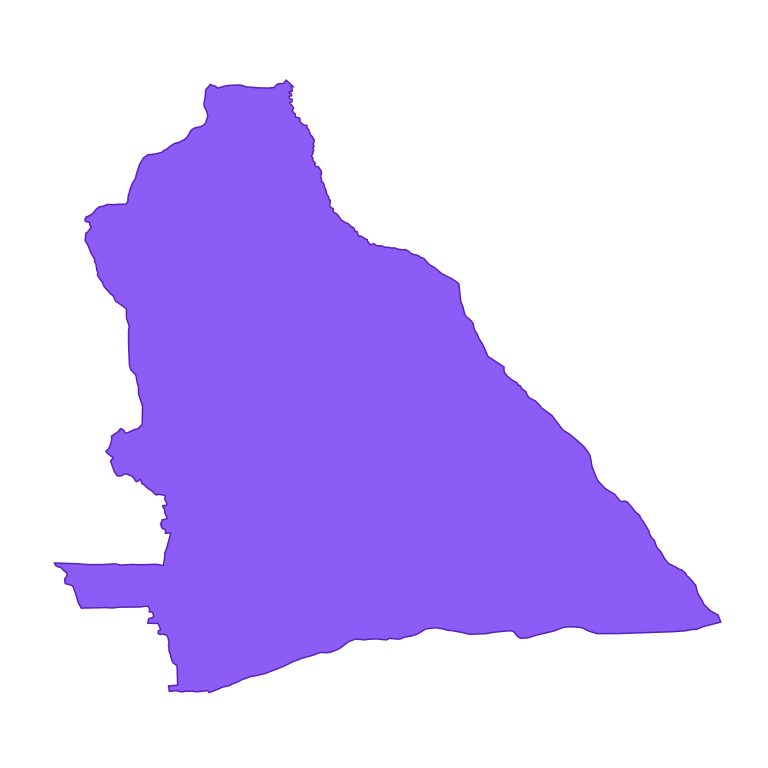 outline of Lapos, Buzau, Romania, rotated 89°
{"feature_id": "2599482B27443512706553", "entity_name": "Lapos", "entity_type": "district", "adm_level": 2, "iso_a3": "ROU", "parent_name": "Romania", "parent_adm1": "Buzau", "projection": "orthographic", "projection_center": [26.415, 45.162], "detail": "fine", "context": "isolated", "style": "filled", "palette": "violet", "viewbox_px": 768, "rotation_deg": 89, "n_neighbors": 0, "source": "geoboundaries", "source_scale": "gbopen_adm2", "svg_char_len": 6100}
<svg xmlns="http://www.w3.org/2000/svg" viewBox="0 0 768 768"><g transform="rotate(89 384 384)"><path d="M557.2,716.6L559.7,715.5L561.2,713.1L561.6,710.6L565.2,707.2L567.4,704.3L568.1,704.0L571.4,704.9L573.3,706.8L578.0,706.2L579.8,699.9L581.0,698.5L589.5,695.6L596.8,693.7L602.8,690.6L602.7,666.9L603.2,659.6L602.5,652.2L602.7,632.8L601.9,623.9L604.6,622.5L606.3,622.3L607.4,622.8L607.8,622.5L607.9,619.7L608.6,619.2L612.6,618.3L612.8,619.0L613.5,619.2L614.5,623.3L616.1,623.9L619.1,624.2L619.5,614.0L624.6,612.0L626.2,611.9L626.8,613.9L629.3,614.2L630.6,612.3L629.9,609.8L630.7,608.5L630.9,606.2L631.4,605.5L634.2,604.3L640.1,603.4L641.9,604.1L644.4,603.5L647.1,603.7L648.7,602.9L655.4,601.3L659.0,599.9L661.8,596.2L662.9,595.8L681.5,595.6L682.1,604.7L687.6,604.0L687.0,597.4L688.2,592.6L688.2,589.8L687.6,587.5L687.9,584.4L687.7,582.0L688.5,576.5L687.5,565.5L689.5,564.3L685.8,554.1L684.5,551.7L682.9,544.0L681.5,541.6L679.4,535.5L677.2,531.2L674.0,521.8L673.6,517.9L671.1,507.0L664.4,489.1L660.1,480.0L656.8,470.8L653.8,459.3L651.3,452.5L651.7,446.2L651.4,442.7L649.1,436.1L647.5,432.8L641.1,424.0L638.5,416.9L639.5,407.6L638.9,403.6L638.8,395.9L639.9,386.1L638.4,382.8L639.4,373.8L639.0,371.6L637.6,368.3L636.4,361.0L634.6,355.0L629.6,346.5L628.6,336.4L629.8,329.7L631.4,324.4L631.8,320.1L634.0,309.5L635.6,303.6L635.7,301.6L635.4,286.0L634.3,280.0L633.1,266.4L633.0,261.5L633.4,259.6L634.3,258.4L638.8,254.8L640.0,253.2L640.6,251.4L640.4,245.4L640.0,243.4L637.7,235.9L634.0,218.6L630.7,209.6L630.0,204.7L630.1,198.9L630.8,191.9L631.7,189.1L634.7,183.5L637.3,175.3L637.6,153.3L636.7,99.9L636.0,86.9L634.8,80.1L634.8,75.9L632.3,69.6L627.9,51.4L620.9,54.0L616.2,61.9L609.8,68.1L605.9,69.8L598.6,74.0L590.6,75.9L582.7,82.5L581.2,84.4L578.2,86.0L575.0,89.8L573.8,93.3L572.5,94.7L571.5,97.1L569.7,99.8L568.8,102.4L563.2,106.7L556.8,110.0L552.2,114.0L545.8,116.2L544.5,116.8L543.0,118.7L539.1,120.9L535.5,121.8L527.8,126.1L521.6,130.3L520.1,130.5L515.8,135.2L510.1,139.5L508.3,141.4L506.7,142.1L505.2,145.4L505.7,148.6L505.2,149.9L498.1,155.5L492.4,164.7L485.3,171.1L482.4,172.9L470.5,177.4L459.7,179.1L456.5,180.7L450.8,184.6L447.0,188.4L439.6,196.8L437.1,199.8L433.0,206.0L418.5,216.6L410.3,227.3L407.9,228.8L403.7,232.8L400.5,238.7L398.0,240.8L394.2,242.3L391.2,246.2L388.1,247.9L387.3,249.7L385.5,250.6L382.2,256.0L378.3,260.6L375.4,262.9L373.1,263.8L369.1,263.7L358.3,279.5L346.1,284.6L340.1,288.4L336.6,289.6L330.9,292.8L325.8,293.7L323.6,294.7L322.0,296.0L318.6,300.2L315.9,302.0L308.1,303.8L302.9,305.8L285.4,307.4L284.0,308.4L279.9,314.5L274.8,324.2L268.9,331.0L265.2,336.9L259.1,342.1L257.7,345.8L257.1,346.2L255.6,349.0L255.3,351.4L254.4,353.2L254.1,354.8L251.9,356.7L249.9,360.3L250.3,362.2L250.1,363.8L249.1,368.9L248.1,371.1L248.2,374.0L247.4,377.0L247.3,380.5L245.9,383.8L245.6,389.1L243.5,391.7L244.8,395.4L243.4,395.9L241.5,397.7L239.3,398.2L239.0,399.4L235.8,404.4L235.3,407.2L231.5,408.1L230.9,408.7L231.0,409.9L230.2,411.0L228.7,410.9L227.5,411.5L225.7,414.5L222.7,417.4L222.2,419.5L219.5,423.5L213.0,428.3L212.0,430.5L211.3,431.2L209.8,431.9L207.6,431.8L207.1,433.3L205.1,435.3L199.4,434.4L198.3,435.8L196.0,436.0L193.0,438.0L190.0,438.4L185.5,440.2L183.0,440.6L181.4,441.5L180.6,443.3L179.1,442.7L175.0,443.9L173.2,442.9L170.2,442.9L165.9,445.6L165.5,446.2L165.4,448.3L164.8,449.0L163.7,449.4L161.8,448.9L159.0,451.8L157.0,451.0L155.2,452.4L154.5,452.4L152.3,451.1L148.6,450.2L146.9,451.4L145.5,449.8L143.5,450.5L139.0,449.5L135.4,451.3L133.6,453.2L131.5,453.7L130.5,454.5L128.5,454.8L126.2,456.5L124.3,456.5L123.9,457.5L123.9,459.3L120.7,463.2L117.1,463.5L116.4,464.2L115.8,467.3L115.3,467.8L112.5,468.1L109.5,471.0L106.5,469.6L104.0,471.0L102.2,472.9L101.3,473.3L100.7,472.8L100.2,471.1L97.9,470.8L97.3,472.8L96.3,473.8L95.2,474.1L94.3,473.4L94.5,472.0L94.0,471.3L92.2,471.5L91.7,472.0L91.6,473.5L90.8,473.8L90.0,473.2L89.7,471.1L89.2,470.4L85.1,471.5L85.1,469.6L78.5,476.5L81.7,479.1L82.0,484.4L83.3,486.6L85.6,488.6L86.1,494.0L85.7,504.0L84.4,517.2L82.8,520.9L83.1,521.7L82.5,522.8L82.7,533.7L83.6,539.1L85.2,544.8L85.0,545.5L83.6,546.9L81.5,552.7L83.4,553.9L86.0,556.6L88.4,557.4L93.5,557.7L99.8,559.0L103.3,559.0L108.7,556.3L113.4,555.6L120.1,558.0L121.2,558.8L123.1,561.8L123.9,564.1L124.3,567.8L125.7,570.7L127.5,572.8L133.2,576.2L136.4,579.4L136.7,580.8L139.3,585.7L139.9,585.9L139.1,587.1L140.1,589.6L142.3,593.2L145.7,597.6L146.6,599.9L148.3,601.7L150.0,607.9L150.7,616.2L154.0,620.7L160.1,624.5L170.5,628.1L174.0,628.8L179.1,632.1L183.6,634.0L191.8,636.5L196.9,637.0L199.2,638.4L199.7,639.9L199.7,648.4L200.1,650.0L199.6,657.1L201.3,661.6L201.9,665.5L204.1,668.5L208.9,672.7L211.2,677.0L211.6,678.8L212.5,678.7L213.7,680.1L216.1,679.8L216.6,678.9L216.6,677.1L217.2,675.9L222.7,674.3L226.9,677.7L228.1,679.5L235.7,680.3L239.7,677.7L247.8,674.7L254.4,671.1L256.5,671.2L259.1,669.9L265.5,669.1L267.4,668.1L270.2,668.6L274.8,665.8L276.8,664.1L281.7,662.2L289.8,655.2L290.6,653.5L296.5,650.9L302.0,643.2L304.6,640.2L313.4,640.4L321.8,637.7L326.4,638.5L339.1,638.7L360.5,638.2L365.3,636.9L370.5,632.3L372.1,631.7L377.6,630.9L382.6,629.6L389.8,629.6L401.7,625.8L420.2,626.5L424.6,630.9L425.1,634.1L428.7,642.3L428.4,643.8L426.3,644.5L424.3,647.1L424.0,647.5L424.5,648.8L426.7,650.2L431.5,657.4L434.9,657.2L440.8,658.9L444.7,661.0L446.0,663.0L446.9,663.1L448.7,661.5L452.9,656.2L454.0,656.3L455.3,658.2L456.6,658.7L465.9,655.5L470.3,653.1L471.2,651.9L471.5,650.3L471.3,648.7L469.3,644.3L469.3,643.5L471.7,637.8L472.6,636.6L477.0,633.8L477.3,633.0L477.0,632.1L475.5,630.1L475.3,629.1L479.5,627.7L480.6,625.6L484.7,621.4L486.6,618.3L490.2,614.7L491.0,612.9L490.3,611.3L491.5,605.1L492.4,604.8L495.6,605.2L499.3,603.4L500.6,603.2L501.6,603.7L501.6,607.1L502.4,607.5L505.8,605.4L509.6,605.3L513.0,603.6L514.7,603.4L515.5,605.6L516.0,608.4L517.3,608.3L519.9,609.9L520.9,608.8L521.9,609.4L522.7,609.2L524.8,608.0L525.4,605.2L529.4,605.1L529.2,600.0L529.7,599.9L544.2,604.1L549.1,606.1L552.8,606.2L561.5,607.7L560.3,615.8L560.5,630.0L560.0,638.9L560.5,650.2L559.1,656.1L559.6,667.6L559.5,681.5L558.3,694.9L557.2,716.6Z" fill="#8b5cf6" stroke="#5b21b6" stroke-width="1.5"/></g></svg>